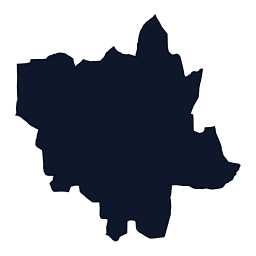 Kahama Township Authority, Shinyanga, United Republic of Tanzania (Natural Earth projection)
{"feature_id": "72390352B16659808480234", "entity_name": "Kahama Township Authority", "entity_type": "district", "adm_level": 2, "iso_a3": "TZA", "parent_name": "United Republic of Tanzania", "parent_adm1": "Shinyanga", "projection": "natural_earth1", "projection_center": [32.63, -3.838], "detail": "fine", "context": "isolated", "style": "filled", "palette": "ink", "viewbox_px": 256, "rotation_deg": 0, "n_neighbors": 0, "source": "geoboundaries", "source_scale": "gbopen_adm2", "svg_char_len": 5493}
<svg xmlns="http://www.w3.org/2000/svg" viewBox="0 0 256 256"><path d="M16.2,114.8L17.2,115.0L17.5,115.1L18.6,115.3L20.2,116.2L21.4,116.9L22.2,117.4L23.8,118.9L24.2,119.2L25.1,119.9L26.9,121.1L28.8,123.3L31.9,125.6L33.4,126.3L37.2,128.4L38.9,128.7L39.0,130.3L37.5,135.3L37.3,137.9L36.9,139.0L36.4,140.1L36.3,141.4L36.1,144.6L36.4,145.3L36.8,145.9L37.6,146.6L39.2,147.7L42.8,149.9L43.9,163.2L43.9,167.7L44.0,168.6L44.2,169.9L44.4,171.0L44.8,172.0L45.4,173.3L46.0,174.3L46.8,174.7L48.3,175.1L53.6,175.1L54.5,175.3L55.9,175.5L54.5,176.5L54.0,177.0L53.6,177.8L53.5,179.1L53.6,179.8L53.7,180.3L50.3,183.3L52.1,188.4L53.0,190.2L53.8,191.0L55.6,191.1L57.0,191.0L58.8,191.0L59.7,190.9L61.2,190.8L63.0,190.9L63.9,190.9L65.1,191.0L68.5,191.4L69.0,189.3L70.7,185.5L71.5,185.8L72.3,185.6L73.2,185.3L74.4,185.1L75.6,184.9L77.0,185.0L79.3,184.9L79.9,187.5L80.3,190.6L80.4,191.0L80.8,191.9L82.8,193.8L84.7,195.0L85.8,196.3L86.8,197.1L87.4,197.7L92.4,201.5L93.0,201.6L95.8,201.7L97.9,201.6L99.9,201.5L100.5,208.1L100.3,212.5L100.3,215.5L101.0,217.4L102.0,218.2L105.1,218.2L107.9,218.6L108.1,219.9L108.3,220.8L108.4,221.9L107.8,223.1L107.3,225.5L106.9,227.2L107.2,232.9L106.5,234.2L107.2,234.4L109.3,235.5L110.8,236.9L112.6,238.9L114.8,240.6L116.5,240.6L117.7,239.7L119.1,236.7L120.9,235.4L126.5,232.8L126.7,221.0L127.6,220.7L128.5,220.1L129.6,219.7L131.1,219.6L131.7,219.6L133.3,219.8L134.9,220.2L136.1,221.1L136.4,223.1L136.7,228.2L137.6,230.0L139.4,231.7L139.9,232.1L141.5,232.8L142.6,233.5L143.7,234.3L145.1,235.2L146.4,235.9L147.4,236.6L147.6,236.7L148.6,237.1L149.7,237.7L150.7,237.8L153.4,237.8L156.5,237.3L157.6,237.2L160.9,236.8L163.1,236.6L164.1,236.2L167.6,223.5L168.5,219.9L168.8,219.1L169.6,215.9L170.1,214.3L170.1,214.2L169.9,214.0L170.1,213.5L170.1,213.4L170.1,212.0L170.1,211.8L170.1,210.4L170.2,210.0L170.4,208.2L170.5,207.4L170.5,207.0L170.5,205.6L170.4,205.0L170.3,203.9L170.3,202.1L170.2,201.9L170.2,201.5L170.1,199.8L169.9,198.9L169.7,198.2L169.7,196.9L170.1,195.9L170.2,195.6L170.3,195.2L170.5,194.1L170.7,191.8L170.7,191.7L170.8,190.2L171.0,188.2L171.3,184.7L171.8,184.6L173.3,184.5L176.5,184.4L177.8,184.6L180.4,184.9L183.2,185.3L183.4,185.3L189.1,185.2L189.5,185.6L193.0,187.5L193.9,187.9L195.1,188.1L196.2,188.3L196.3,188.3L198.9,188.2L201.9,188.3L202.9,188.3L203.2,188.3L203.2,188.2L203.9,188.1L205.2,187.9L206.4,187.7L208.7,188.3L210.8,188.6L211.7,188.7L211.8,188.7L211.8,188.8L212.0,188.8L214.6,188.5L215.1,188.4L216.6,188.2L217.6,188.1L221.3,187.5L222.3,186.7L222.9,186.4L223.4,185.8L223.8,185.2L224.3,184.4L224.8,183.9L224.9,183.7L225.3,183.4L225.5,183.2L226.3,182.6L226.6,182.2L227.3,182.2L227.7,182.3L227.8,182.2L228.0,182.0L228.1,181.8L228.3,181.6L228.7,181.4L229.7,180.8L230.7,180.2L231.6,179.7L231.8,179.6L232.6,178.5L233.4,176.6L233.9,175.6L234.6,175.0L235.1,174.7L235.6,174.3L235.7,173.7L235.6,173.1L235.5,172.6L235.5,172.2L235.6,171.7L235.9,171.5L236.6,171.1L236.9,170.7L237.2,170.6L238.1,169.4L238.2,169.2L238.4,169.2L238.3,168.8L238.3,168.6L238.6,168.1L239.2,166.7L239.8,165.4L239.2,164.9L238.7,164.4L236.7,164.1L234.1,163.7L231.4,163.1L229.0,162.6L228.0,162.3L226.6,160.5L225.2,158.5L225.0,158.3L223.3,156.3L222.7,155.1L222.1,153.4L221.5,150.8L221.2,150.0L220.8,146.6L220.3,145.1L219.4,142.6L218.0,139.3L217.7,138.6L216.7,136.2L216.6,135.8L215.5,133.5L215.0,130.9L215.0,129.5L214.5,127.9L214.2,126.9L211.8,127.6L210.9,127.7L207.8,127.9L205.4,128.0L205.3,128.3L205.1,130.1L204.4,131.7L203.9,132.0L203.6,132.3L202.8,133.0L201.6,133.3L201.1,133.4L199.1,133.7L198.2,133.3L197.6,133.1L193.1,131.2L193.0,130.0L192.9,125.6L192.9,125.2L192.8,119.9L192.8,118.4L192.8,118.0L192.4,115.0L191.3,114.6L189.8,114.1L192.9,106.0L196.1,100.4L197.9,97.2L198.0,96.8L198.0,96.6L198.7,87.8L199.1,85.5L199.7,82.4L200.2,81.3L201.7,72.5L202.2,69.8L202.3,69.7L201.6,69.1L199.8,70.2L198.9,71.7L196.3,72.3L194.4,71.8L192.8,72.2L191.5,73.3L191.0,75.2L189.2,75.2L188.6,76.3L187.2,76.7L185.9,77.4L185.3,77.3L184.8,77.2L184.1,75.8L183.4,73.9L183.3,71.7L182.5,68.4L182.0,66.2L181.7,64.8L180.5,60.0L179.7,56.9L178.3,55.1L177.0,54.4L173.9,55.2L171.6,55.1L168.7,52.5L168.5,52.2L168.2,51.9L167.2,48.0L167.0,41.5L167.0,39.6L167.0,38.6L166.8,34.2L164.8,31.7L161.2,27.0L159.2,23.0L157.0,19.5L155.6,17.0L155.1,15.4L153.1,17.7L151.1,19.1L146.7,22.5L143.9,25.6L143.7,25.9L142.3,28.8L141.6,29.6L140.8,31.4L140.7,31.4L139.6,35.7L138.9,38.8L138.9,40.6L138.9,41.5L137.8,44.0L137.8,48.5L137.3,50.9L136.6,53.3L136.4,53.9L136.2,57.1L133.3,56.2L131.9,55.8L128.4,54.7L127.5,55.0L126.6,55.1L126.4,55.1L122.6,54.5L121.6,54.1L120.6,53.2L117.7,52.0L116.6,51.1L115.1,49.4L114.1,47.5L113.6,47.0L112.6,48.0L110.7,49.5L109.2,50.6L108.3,52.1L106.9,52.6L106.7,53.2L106.2,53.8L105.8,54.8L105.2,56.1L104.0,58.0L103.0,59.0L101.7,60.1L101.1,61.2L99.8,61.6L98.7,61.4L96.9,61.9L95.4,61.9L94.5,61.8L94.1,61.7L91.2,62.0L89.1,61.7L88.2,61.4L86.8,61.1L85.2,60.6L83.5,59.9L81.4,62.3L76.9,65.8L75.9,67.3L75.4,68.0L74.7,67.0L73.3,62.7L72.6,58.9L72.1,58.9L71.2,57.9L69.8,57.0L68.2,56.1L67.1,55.6L65.8,54.4L63.9,53.8L61.5,53.5L59.9,53.2L59.1,53.4L58.6,53.5L58.2,53.6L57.2,53.8L55.6,54.5L53.8,54.7L51.3,55.9L50.0,56.0L48.8,56.8L47.9,57.4L46.6,59.4L44.4,59.6L41.7,59.8L38.4,59.7L35.9,59.8L32.8,59.8L31.5,59.8L31.1,59.9L30.9,62.3L30.9,62.7L30.5,62.8L30.3,62.9L29.7,63.1L27.2,63.7L26.5,63.9L26.2,63.9L17.6,64.5L17.7,70.7L17.7,71.4L17.9,76.3L17.9,78.0L17.7,83.6L17.6,86.0L17.8,93.1L17.8,93.6L18.2,99.9L17.9,100.6L17.3,102.2L17.3,102.6L16.9,105.9L16.7,107.6L16.8,109.2L17.0,113.1L16.2,114.8Z" fill="#0f172a" stroke="#020617" stroke-width="1.5"/></svg>